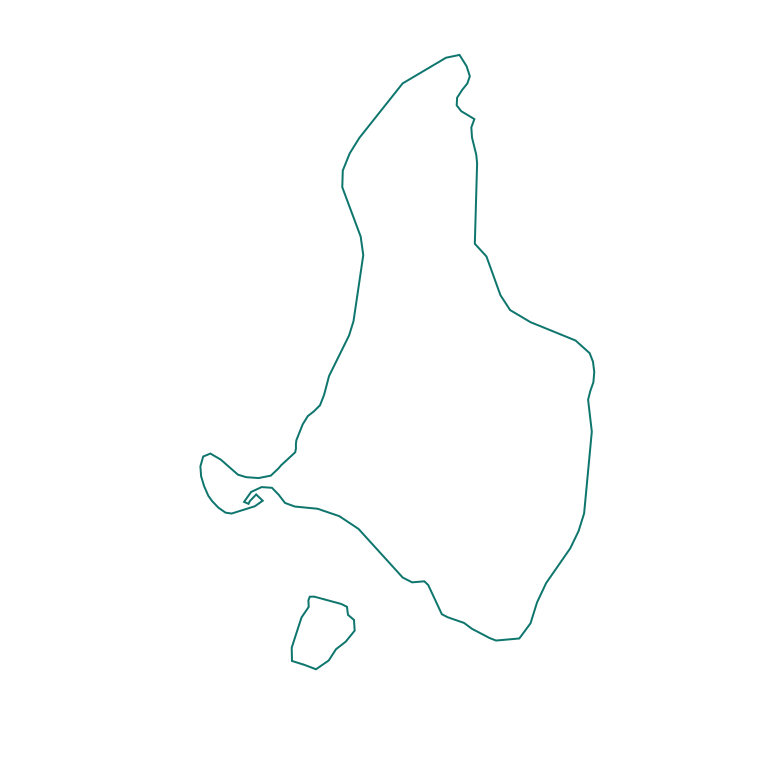 Bali, Robinson projection, rotated 70°
{"feature_id": "IDN-1232", "entity_name": "Bali", "entity_type": "Province", "adm_level": 1, "iso_a3": "IDN", "parent_name": "Indonesia", "parent_adm1": "", "projection": "robinson", "projection_center": [115.184, -8.453], "detail": "fine", "context": "isolated", "style": "outline", "palette": "teal", "viewbox_px": 768, "rotation_deg": 70, "n_neighbors": 0, "source": "natural_earth", "source_scale": "10m", "svg_char_len": 1533}
<svg xmlns="http://www.w3.org/2000/svg" viewBox="0 0 768 768"><g transform="rotate(70 384 384)"><path d="M626.5,299.7L641.6,314.9L659.0,328.2L669.4,343.9L663.4,366.4L658.8,371.7L644.2,385.0L635.9,390.5L624.9,404.0L620.1,408.4L588.0,411.2L583.2,413.6L580.0,425.4L572.3,432.6L511.5,457.5L492.9,471.2L478.5,489.1L468.6,509.8L461.9,517.7L451.9,520.9L443.2,524.8L439.0,534.3L440.0,545.8L446.9,555.8L450.3,552.3L448.2,550.2L444.1,541.9L452.2,537.9L454.7,547.2L453.6,571.5L450.7,576.9L443.6,581.9L435.4,585.5L429.0,587.3L418.4,588.0L408.1,587.4L398.6,584.7L390.3,578.7L390.0,570.9L399.3,563.2L419.2,552.3L424.4,545.4L429.5,534.0L431.4,521.7L427.2,512.0L425.2,508.5L417.8,490.8L414.5,488.8L410.5,487.4L406.9,485.6L394.1,474.2L388.1,466.6L385.7,459.2L382.1,451.4L373.7,444.0L357.7,432.9L326.4,400.2L314.6,391.2L255.8,359.4L237.5,355.5L184.8,355.9L169.3,349.7L155.6,337.4L144.3,323.0L107.9,263.7L98.6,214.2L100.6,200.5L113.7,197.7L124.2,198.1L130.1,202.9L134.4,210.0L140.0,217.4L147.1,220.4L154.1,218.1L166.0,208.5L172.8,214.2L182.5,217.0L200.1,218.9L208.4,221.0L283.3,250.7L299.2,244.1L340.4,244.2L357.7,240.2L376.0,225.2L408.7,189.1L425.4,180.2L434.5,180.0L444.6,182.3L453.9,186.6L461.1,192.5L468.6,197.6L499.8,205.0L574.0,240.2L588.8,251.5L602.2,265.3L626.5,299.7ZM595.4,492.9L605.7,495.9L613.0,508.0L616.8,519.8L624.9,530.5L628.8,545.5L621.0,554.5L612.8,565.2L600.2,560.9L575.2,541.4L567.7,531.0L561.4,529.0L558.5,526.5L559.9,522.4L576.0,499.5L580.7,495.0L588.6,496.8L595.4,492.9Z" fill="none" stroke="#0f766e" stroke-width="2"/></g></svg>